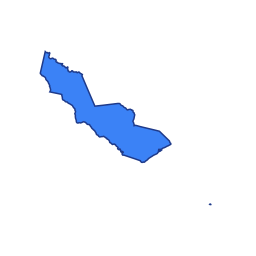 outline of Caravelas, Bahia, Brazil, rotated 20°
{"feature_id": "56859067B12322517102910", "entity_name": "Caravelas", "entity_type": "district", "adm_level": 2, "iso_a3": "BRA", "parent_name": "Brazil", "parent_adm1": "Bahia", "projection": "natural_earth1", "projection_center": [-39.704, -17.688], "detail": "fine", "context": "isolated", "style": "filled", "palette": "blue", "viewbox_px": 256, "rotation_deg": 20, "n_neighbors": 0, "source": "geoboundaries", "source_scale": "gbopen_adm2", "svg_char_len": 5594}
<svg xmlns="http://www.w3.org/2000/svg" viewBox="0 0 256 256"><g transform="rotate(20 128 128)"><path d="M111.3,108.0L110.1,108.4L96.9,115.1L89.4,118.8L76.6,105.2L66.9,94.8L66.8,93.3L66.1,93.3L65.8,93.1L65.2,93.0L64.6,93.0L64.1,92.8L63.7,92.5L63.2,92.3L62.7,92.2L62.1,92.6L61.7,93.2L61.3,93.4L60.9,93.3L60.5,93.0L60.1,93.0L59.7,93.3L59.1,93.5L58.5,93.7L57.9,93.9L57.5,94.0L57.0,93.8L56.6,93.4L56.1,93.3L55.6,93.5L55.4,94.1L55.0,94.7L54.6,95.1L54.3,95.3L53.9,95.4L53.4,95.3L53.0,95.0L52.6,94.7L52.1,94.8L51.8,94.4L51.6,93.8L51.2,93.3L50.8,92.7L50.9,92.0L50.6,91.4L50.2,91.4L50.0,91.8L49.7,92.3L49.2,92.7L48.7,92.6L48.3,92.3L48.0,92.2L47.5,92.1L47.2,91.9L46.7,91.7L46.1,91.7L45.5,92.0L44.9,91.9L44.4,91.5L44.4,91.0L44.6,90.5L44.5,90.0L43.9,90.0L43.6,90.3L43.2,90.7L42.6,90.6L42.1,90.5L41.4,90.8L40.9,90.8L40.4,90.8L40.0,90.8L39.5,90.7L39.0,90.4L38.3,90.6L37.8,90.3L37.4,89.8L37.3,88.9L37.0,88.6L36.5,88.3L36.1,88.3L35.5,88.6L34.9,88.5L34.2,88.3L33.5,88.1L32.9,88.3L32.3,88.9L31.6,89.4L31.0,89.5L30.3,89.2L29.6,88.8L29.2,88.4L29.1,87.6L29.2,87.1L29.2,86.5L29.0,85.9L28.9,85.3L29.0,84.7L28.7,84.2L28.2,84.1L27.9,84.6L27.3,85.0L26.7,84.9L26.2,84.7L25.8,84.9L25.3,85.1L24.9,84.9L24.1,84.5L26.8,106.3L27.1,106.9L27.8,107.2L28.2,107.5L28.6,107.6L29.2,108.1L29.7,108.3L30.3,108.1L30.8,108.2L31.2,108.4L31.7,108.4L32.4,108.6L33.1,108.9L33.5,109.3L33.9,110.0L34.4,110.5L35.1,111.0L35.6,111.1L36.1,111.4L36.5,111.7L37.1,112.0L37.5,112.5L37.8,112.9L38.2,113.2L38.5,113.5L38.9,113.8L39.2,114.2L39.6,114.6L40.0,115.1L40.0,115.7L40.3,116.0L40.7,116.3L41.1,116.9L41.6,117.6L42.0,118.2L42.3,118.8L42.3,119.5L42.3,120.2L42.2,120.8L53.3,119.2L54.3,119.2L54.6,119.9L54.9,120.3L55.2,120.8L55.6,121.3L55.8,121.8L56.1,122.2L56.3,122.9L56.6,123.3L56.9,123.6L57.4,123.9L58.0,123.9L58.6,123.9L59.0,124.0L59.7,124.4L60.2,124.7L60.7,124.6L61.2,124.6L61.7,124.4L62.2,124.4L62.6,124.7L63.1,125.0L63.5,125.1L64.0,125.2L64.4,125.1L64.8,125.1L65.5,125.4L66.1,125.5L66.6,125.5L67.0,125.7L67.5,125.7L68.2,126.0L68.6,126.4L69.0,126.7L69.5,127.2L70.0,127.4L70.7,127.9L71.2,127.9L71.7,128.4L71.9,129.2L72.2,129.5L72.6,129.9L73.1,130.5L73.2,131.4L73.2,132.0L73.1,132.7L73.4,133.1L73.7,133.4L74.2,133.9L74.3,134.5L74.5,135.0L74.7,135.5L75.0,136.1L75.3,136.7L75.6,137.1L76.0,137.5L76.4,138.1L76.8,138.6L77.1,139.3L77.4,139.9L77.8,140.3L78.2,140.5L78.7,140.5L79.3,140.5L79.8,140.0L80.5,139.6L81.1,139.5L81.6,139.5L82.1,139.1L82.6,138.8L83.0,138.4L83.3,138.0L83.6,137.7L84.0,137.5L84.3,137.2L84.8,137.3L85.3,137.3L85.9,137.2L86.6,137.6L87.3,137.7L87.8,138.0L88.2,138.4L88.9,138.4L89.6,138.3L90.1,138.0L90.7,138.0L91.1,138.3L91.4,138.7L92.0,139.0L92.6,139.5L93.3,139.8L93.7,140.3L94.3,140.7L94.8,140.9L95.2,141.0L95.9,141.4L96.6,141.7L97.4,141.8L97.7,142.1L98.2,142.5L98.7,142.9L99.2,143.1L99.6,143.7L100.0,143.9L100.2,144.4L100.5,144.7L100.9,144.9L101.6,145.1L102.2,145.0L102.8,145.4L103.3,145.8L104.0,146.0L104.5,146.1L105.0,145.8L105.4,145.6L105.8,145.3L106.7,144.9L107.2,144.7L107.6,144.4L108.1,144.1L108.8,144.4L109.3,144.4L109.9,144.6L110.5,144.9L111.0,144.8L111.5,144.9L111.8,145.4L112.3,145.4L112.8,145.6L113.3,145.6L114.0,145.9L114.4,146.1L114.8,146.4L115.1,146.8L115.4,147.2L115.6,147.6L116.0,147.9L116.5,147.8L117.1,148.1L117.6,148.2L118.2,148.4L118.5,148.7L119.0,148.8L119.4,148.6L120.0,148.1L120.4,147.8L120.9,147.9L121.6,148.1L121.9,147.9L122.2,148.2L122.8,148.7L123.4,149.1L124.1,149.2L124.7,149.4L125.2,149.6L125.5,150.1L125.2,150.6L125.4,151.0L125.9,151.3L126.5,151.4L126.9,151.5L127.4,151.4L127.5,150.5L127.9,150.6L128.2,150.9L128.6,151.5L129.1,151.7L129.3,152.7L130.0,153.0L130.4,152.5L130.7,152.0L131.1,152.0L131.8,152.4L131.7,152.9L131.5,153.4L131.2,154.1L131.5,154.7L132.0,155.1L132.5,155.3L133.1,155.0L133.6,154.9L145.0,154.6L150.8,154.5L151.0,154.9L151.5,155.1L152.1,155.5L152.5,155.6L153.1,155.4L153.5,155.3L153.9,155.0L154.4,154.6L154.9,154.6L155.3,154.2L155.5,153.8L155.7,153.2L156.0,152.7L156.5,152.3L156.9,151.6L157.3,150.9L157.5,150.4L157.6,149.9L157.9,149.5L158.2,149.0L158.6,148.5L158.9,148.1L159.2,147.7L159.6,147.2L159.9,146.8L160.3,146.4L160.5,145.9L160.8,145.6L161.1,145.2L161.4,144.8L161.8,144.4L162.2,144.1L162.5,143.7L163.0,143.2L163.5,142.8L163.9,142.3L164.3,141.8L164.3,141.2L164.6,140.7L164.7,140.1L164.6,139.4L164.3,138.3L164.2,137.6L164.8,137.4L165.4,137.1L165.9,136.9L166.3,136.8L166.7,136.4L167.1,135.9L167.3,135.5L167.6,135.1L168.0,134.7L168.4,134.4L168.8,134.1L169.3,133.6L169.8,133.1L170.2,132.6L170.8,131.9L171.2,131.5L171.6,131.2L172.0,130.8L172.5,130.2L172.9,129.7L173.2,129.4L173.6,129.0L173.8,128.5L173.4,127.8L173.0,127.7L172.4,127.4L172.0,126.9L171.7,126.4L171.3,126.0L158.6,120.3L155.5,120.6L139.0,122.5L136.2,122.7L134.2,122.9L133.8,123.2L133.3,123.5L132.9,123.7L132.8,123.1L132.4,122.4L132.0,122.0L131.7,121.5L131.4,121.1L131.1,120.7L130.6,120.4L130.3,120.0L130.3,119.5L130.3,118.8L130.4,118.1L130.4,117.4L130.3,116.6L130.2,116.1L130.1,115.4L130.0,114.7L129.9,113.9L129.8,113.4L129.6,113.0L129.1,112.7L128.9,112.3L128.6,111.8L128.2,111.6L127.7,111.5L127.2,111.1L127.0,110.5L126.6,109.9L126.1,109.8L125.7,109.8L125.3,110.0L125.0,109.7L124.6,109.7L124.2,109.7L123.7,109.6L123.2,109.9L122.8,110.1L122.4,110.3L121.9,110.8L121.5,111.1L121.0,111.2L120.2,110.8L119.5,110.4L118.9,110.0L118.1,110.0L117.6,110.0L117.0,109.8L116.4,109.5L116.1,109.3L115.7,109.1L115.2,109.0L114.7,109.0L114.1,109.0L113.4,108.8L112.8,108.4L112.4,108.1L111.9,107.9L111.3,108.0ZM165.8,139.0L166.2,138.7L166.5,138.2L165.9,138.5L165.4,138.7L165.1,139.0L165.4,139.4L165.8,139.0ZM230.9,171.8L231.4,171.9L231.9,171.6L231.6,171.3L231.1,171.4L230.9,171.8Z" fill="#3b82f6" stroke="#1e3a8a" stroke-width="1.5"/></g></svg>